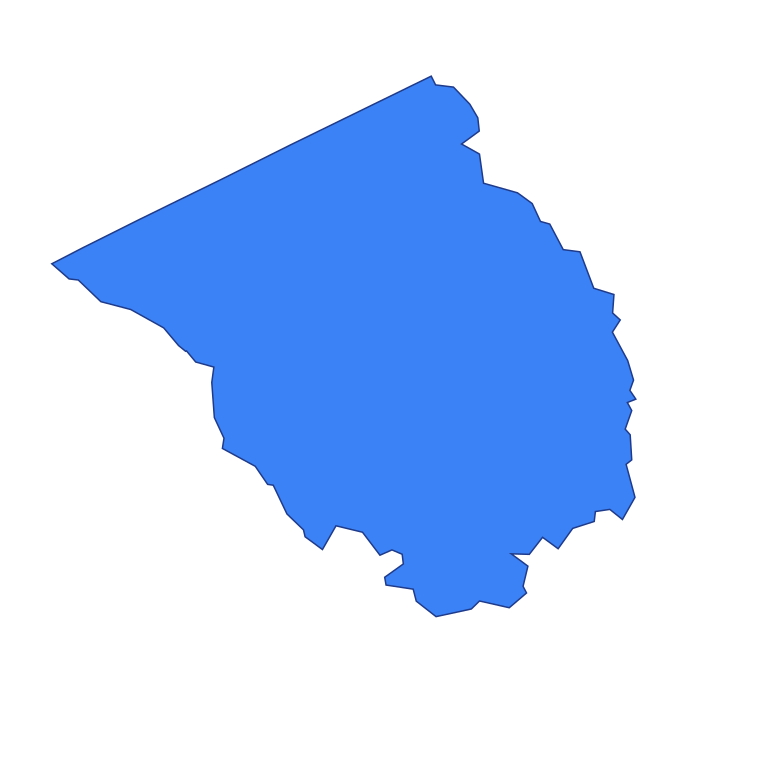 outline of Cache, Utah, United States of America, rotated 334°
{"feature_id": "52423323B21224968054830", "entity_name": "Cache", "entity_type": "district", "adm_level": 2, "iso_a3": "USA", "parent_name": "United States of America", "parent_adm1": "Utah", "projection": "natural_earth1", "projection_center": [-111.756, 41.684], "detail": "fine", "context": "isolated", "style": "filled", "palette": "blue", "viewbox_px": 768, "rotation_deg": 334, "n_neighbors": 0, "source": "geoboundaries", "source_scale": "gbopen_adm2", "svg_char_len": 1251}
<svg xmlns="http://www.w3.org/2000/svg" viewBox="0 0 768 768"><g transform="rotate(334 384 384)"><path d="M561.4,128.0L412.0,128.1L404.8,128.1L323.8,128.8L298.6,128.8L279.7,128.8L236.4,128.9L173.7,129.5L138.6,130.3L138.1,130.3L147.0,151.5L154.8,156.5L165.6,185.9L189.0,206.0L210.6,237.0L216.2,259.4L220.0,267.6L220.4,267.7L220.8,267.6L221.0,267.7L224.4,281.7L238.5,294.2L229.9,307.1L216.8,339.8L216.4,362.6L210.5,371.1L232.2,401.5L235.4,423.2L240.1,426.4L239.8,458.3L247.7,479.8L246.1,486.7L256.1,505.8L278.7,490.4L299.7,507.8L305.3,536.1L318.4,536.6L325.7,545.0L322.5,554.2L299.9,558.0L297.7,565.6L320.3,581.2L317.8,593.3L328.8,615.9L363.9,624.5L374.7,620.9L398.5,640.0L420.5,634.3L420.3,626.8L433.5,610.8L423.9,592.4L439.9,600.8L459.3,591.3L468.3,608.4L490.3,596.5L512.7,599.7L518.1,591.3L532.0,595.7L538.9,610.3L559.9,595.9L566.4,562.3L573.4,560.8L583.0,537.6L581.0,530.3L595.0,516.5L594.6,507.3L603.7,508.0L602.2,497.5L610.0,489.9L613.3,469.8L612.0,437.5L624.4,430.0L620.6,420.4L629.9,404.4L614.5,389.9L618.1,351.1L604.0,341.8L603.1,312.9L595.9,306.5L596.3,286.8L587.8,270.7L561.5,247.2L570.6,219.2L558.9,202.3L580.5,198.4L585.0,185.9L583.8,170.2L576.6,147.6L561.5,137.8L561.4,128.0Z" fill="#3b82f6" stroke="#1e3a8a" stroke-width="1.5"/></g></svg>